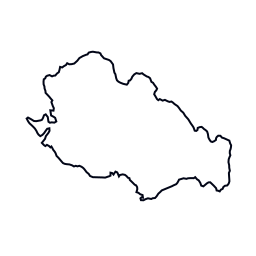 Carambeí, Paraná, Brazil, rotated 347°
{"feature_id": "56859067B81266662145879", "entity_name": "Carambeí", "entity_type": "district", "adm_level": 2, "iso_a3": "BRA", "parent_name": "Brazil", "parent_adm1": "Paraná", "projection": "equal_earth", "projection_center": [-50.155, -24.89], "detail": "fine", "context": "isolated", "style": "outline", "palette": "ink", "viewbox_px": 256, "rotation_deg": 347, "n_neighbors": 0, "source": "geoboundaries", "source_scale": "gbopen_adm2", "svg_char_len": 3459}
<svg xmlns="http://www.w3.org/2000/svg" viewBox="0 0 256 256"><g transform="rotate(347 128 128)"><path d="M206.5,208.6L207.6,207.0L209.4,206.1L211.8,206.3L213.6,204.8L214.8,202.8L215.2,200.6L215.5,198.6L216.2,194.5L217.6,192.6L217.7,189.5L218.2,187.0L218.2,183.9L219.1,181.1L220.3,179.3L221.6,177.6L221.5,175.4L222.1,173.2L223.2,171.6L224.1,169.6L224.6,168.0L224.1,166.2L223.9,163.1L219.3,159.6L217.4,158.5L216.3,156.4L214.2,155.8L212.5,156.7L211.5,157.8L211.0,159.4L208.8,160.3L207.0,160.6L205.6,159.7L204.8,157.7L204.2,155.4L204.5,151.9L204.3,149.2L203.0,147.3L201.9,146.2L201.1,144.9L200.0,143.5L198.2,143.3L196.0,143.6L195.2,145.6L193.8,146.2L192.4,145.6L192.0,142.2L191.2,140.0L190.3,137.9L188.7,133.1L187.4,130.7L186.5,129.1L185.3,125.5L183.4,122.9L182.2,119.9L181.2,117.8L178.6,115.0L177.7,113.6L176.3,112.0L174.3,111.9L172.7,110.9L170.3,108.9L167.9,109.1L165.5,107.0L163.8,107.7L162.8,106.4L161.9,103.4L161.1,101.0L162.3,98.9L164.0,97.7L165.2,96.2L164.5,94.2L163.3,91.6L162.6,89.6L161.2,88.3L160.7,84.5L159.4,82.9L157.9,82.0L155.2,79.3L154.1,77.8L151.4,77.8L148.5,76.4L146.1,77.2L143.7,79.0L142.4,80.8L140.7,82.1L139.3,82.1L138.4,84.1L136.6,85.5L133.3,83.9L130.8,82.2L129.1,80.7L128.0,79.1L127.7,76.8L127.8,72.7L127.2,71.0L127.3,66.4L127.7,62.7L126.1,58.9L124.7,57.4L120.3,54.7L118.2,50.9L117.9,49.1L116.3,47.8L114.5,47.3L111.0,45.8L109.2,45.6L106.7,45.7L105.1,47.2L103.8,47.2L100.0,47.8L98.1,48.4L96.4,48.9L93.7,51.1L90.1,53.1L87.4,53.1L85.1,52.7L83.3,51.2L81.7,52.7L79.5,53.3L77.5,54.2L75.6,53.2L74.3,56.0L73.1,58.1L71.1,58.9L69.0,60.5L67.3,60.3L65.6,60.6L63.5,58.8L61.0,58.9L59.5,59.5L58.5,61.0L56.9,61.6L56.1,63.9L55.6,66.5L55.9,68.7L55.6,70.7L55.9,73.3L55.6,75.2L57.2,77.9L58.4,80.0L59.2,81.7L60.5,84.1L59.2,85.5L59.7,89.8L60.2,92.0L59.3,94.3L56.3,93.3L55.9,98.5L58.1,100.4L59.3,101.7L59.6,105.5L57.5,106.2L54.8,105.3L53.1,105.3L51.9,104.0L52.3,99.3L50.9,96.2L49.0,96.7L47.6,98.9L46.1,100.6L44.7,100.9L40.1,100.7L37.9,100.0L35.5,97.6L32.9,95.3L31.4,96.0L32.2,99.1L33.1,101.3L34.9,103.9L36.3,106.1L37.2,107.7L38.1,110.2L38.6,112.5L39.3,114.3L40.7,116.2L43.0,115.5L45.0,114.2L47.4,112.0L49.1,110.6L51.3,110.6L50.9,113.1L49.3,114.9L46.2,117.4L44.7,119.9L42.6,121.6L40.7,123.1L42.3,125.8L43.4,127.0L45.2,126.2L47.0,127.8L48.0,129.4L49.2,128.8L49.8,130.7L50.2,132.4L51.3,134.7L51.8,136.4L52.1,139.1L53.6,141.5L55.9,146.0L56.8,147.6L58.3,148.7L60.2,149.5L62.7,150.3L65.0,151.7L66.7,153.3L68.6,153.1L70.1,154.0L72.1,153.9L74.0,155.3L75.4,156.9L76.2,158.3L77.0,160.1L77.7,161.7L79.4,163.9L80.2,166.2L82.7,168.0L91.9,170.4L94.6,171.2L97.5,170.9L98.8,170.8L100.2,170.5L100.9,167.6L102.4,168.3L103.4,170.1L104.5,169.0L106.0,167.7L107.5,168.8L108.0,171.0L108.3,173.1L109.5,172.0L111.0,172.0L112.4,172.0L114.5,173.0L115.8,174.6L116.7,176.4L118.1,177.2L118.1,179.0L120.0,181.9L121.8,184.8L123.0,185.7L123.6,187.7L123.3,189.7L121.8,192.4L123.6,193.5L125.0,195.3L127.1,196.6L126.9,199.2L125.6,198.6L124.3,199.3L124.4,201.2L126.8,201.9L129.0,201.3L131.6,201.0L134.7,202.4L136.2,202.0L138.6,202.3L140.5,201.0L142.8,198.8L145.0,197.6L146.9,196.4L157.7,194.6L159.6,194.1L162.3,193.6L163.7,192.6L164.9,191.3L166.1,189.8L170.8,189.5L173.6,190.7L175.0,190.5L177.1,190.8L179.3,191.3L180.8,191.7L182.4,191.0L183.7,193.5L185.1,194.9L186.1,197.7L186.4,200.6L188.3,201.8L190.5,200.7L192.4,199.7L194.2,199.1L195.9,199.4L196.9,200.9L198.6,203.5L200.3,206.5L200.3,208.8L201.7,209.4L203.1,210.4L204.6,209.0L206.5,208.6Z" fill="none" stroke="#020617" stroke-width="2"/></g></svg>